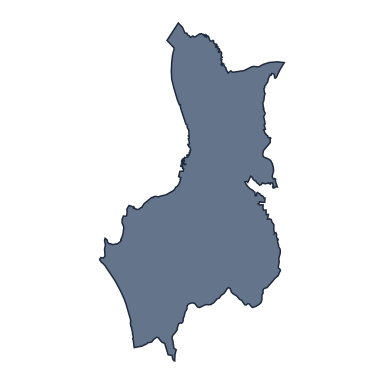 outline of Mueang Chon Buri, Chon Buri, Thailand
{"feature_id": "78962969B92456210505100", "entity_name": "Mueang Chon Buri", "entity_type": "district", "adm_level": 2, "iso_a3": "THA", "parent_name": "Thailand", "parent_adm1": "Chon Buri", "projection": "equal_earth", "projection_center": [101.0, 13.351], "detail": "fine", "context": "isolated", "style": "filled", "palette": "slate", "viewbox_px": 384, "rotation_deg": 0, "n_neighbors": 0, "source": "geoboundaries", "source_scale": "gbopen_adm2", "svg_char_len": 6006}
<svg xmlns="http://www.w3.org/2000/svg" viewBox="0 0 384 384"><path d="M270.8,138.2L270.0,137.6L269.8,137.9L268.1,137.4L267.5,135.6L266.7,135.4L266.0,134.1L265.0,133.5L264.6,131.9L263.6,129.8L265.4,129.4L264.2,125.1L264.2,124.6L265.2,123.8L263.7,116.7L265.0,113.9L265.1,112.9L264.5,112.0L264.0,110.5L263.2,109.4L263.8,109.2L263.9,108.6L263.1,106.1L263.1,103.9L262.7,103.1L263.8,100.7L264.4,95.7L265.1,93.5L264.4,92.0L263.9,88.6L264.7,87.8L264.7,86.1L265.9,84.7L266.5,83.3L267.5,82.5L268.6,78.0L270.3,74.8L271.2,75.1L271.7,73.7L272.1,73.4L273.4,73.8L274.1,74.4L274.7,77.9L275.1,78.2L275.6,78.0L276.3,77.4L280.1,69.5L284.3,62.6L277.2,61.8L269.2,62.5L262.9,64.5L258.8,66.9L253.7,66.4L251.9,66.7L244.0,70.6L232.7,72.3L230.8,70.8L228.2,73.1L226.2,69.7L225.8,67.7L224.2,66.2L223.8,64.0L222.5,63.2L222.1,63.7L222.1,65.4L221.1,64.9L221.6,62.2L221.4,60.9L221.8,59.8L221.0,59.8L220.9,58.5L222.3,57.2L221.4,56.4L221.1,54.7L221.6,54.1L221.6,52.7L220.8,51.7L220.2,51.6L219.1,52.5L218.5,52.1L218.6,51.2L219.8,50.2L219.4,48.9L217.6,49.0L218.0,48.0L217.9,46.6L217.4,46.2L216.3,47.2L215.8,47.1L215.6,46.0L216.8,44.6L216.5,44.2L215.5,44.1L213.9,43.2L213.6,42.6L213.7,41.1L213.5,40.7L212.8,40.4L211.7,41.1L210.1,41.0L208.6,36.8L208.3,36.7L208.2,36.3L207.1,35.7L206.9,36.7L206.5,37.0L206.2,35.5L205.4,36.6L205.1,36.1L205.0,35.0L204.4,35.6L204.3,34.9L203.5,34.5L203.2,34.9L201.6,33.7L199.7,33.9L195.2,36.8L193.9,36.9L193.2,36.1L192.6,36.0L190.3,37.4L189.2,35.7L187.6,35.1L186.9,33.2L184.9,33.0L182.5,27.4L178.3,23.0L167.0,40.4L174.1,47.9L173.9,50.3L173.2,51.8L173.1,53.2L172.5,55.3L171.7,62.6L171.3,71.0L171.7,79.0L173.8,87.8L177.3,99.6L179.2,104.5L179.7,105.0L180.4,104.8L180.3,106.3L180.8,108.7L185.9,124.1L187.0,125.0L187.3,127.6L188.8,130.3L189.1,135.5L188.4,135.7L188.5,136.3L189.1,136.3L189.2,138.4L188.3,138.8L188.7,139.7L189.5,143.9L187.8,144.4L187.9,145.0L188.5,145.4L188.9,146.8L189.9,147.2L190.2,147.7L190.6,150.1L190.0,150.5L190.2,151.9L189.6,152.1L189.7,153.0L189.1,153.1L189.2,154.5L186.8,155.2L187.0,155.8L188.2,155.9L187.8,156.3L187.8,156.9L184.9,157.8L184.6,157.6L184.5,158.4L183.1,158.6L183.1,159.4L181.9,160.0L181.5,161.2L181.9,161.6L182.3,160.5L184.2,160.2L184.4,161.4L184.0,161.7L184.4,161.9L183.0,161.8L182.7,162.5L181.9,162.5L181.5,163.2L182.5,163.5L182.6,163.2L183.0,163.6L183.7,163.4L186.5,164.6L184.3,164.2L184.2,164.5L184.0,164.2L182.2,164.5L182.2,164.9L182.7,165.3L181.1,164.7L182.0,165.3L181.9,165.6L181.0,165.3L180.9,165.9L181.3,166.1L180.8,166.0L180.8,166.4L182.7,166.9L182.6,168.4L183.6,168.6L183.2,171.2L179.9,171.3L178.6,176.6L180.8,177.5L180.1,179.4L180.4,180.4L178.7,184.5L177.2,186.4L176.1,186.8L174.3,189.7L173.4,190.6L166.2,194.7L159.8,196.3L158.7,196.9L155.4,196.3L153.8,196.7L152.9,197.8L152.4,197.3L151.5,197.6L144.1,203.7L142.1,206.7L142.1,207.4L141.0,207.6L138.7,209.3L137.1,209.5L136.1,209.0L135.9,209.2L134.8,208.6L134.5,208.0L133.7,208.2L134.0,207.1L133.7,206.6L132.2,206.7L131.5,206.2L129.0,205.5L126.9,209.1L127.1,213.2L126.6,215.5L125.9,216.3L123.4,216.0L122.1,219.3L122.1,222.8L123.8,227.1L123.0,234.0L122.0,237.0L120.7,239.9L121.2,240.5L120.0,241.9L117.4,243.8L112.2,244.6L110.6,243.7L108.5,243.5L107.2,241.2L107.3,240.4L106.9,239.7L105.1,238.3L104.5,240.3L105.4,245.0L104.5,249.4L105.0,254.8L104.8,256.5L103.2,258.0L100.9,257.5L99.7,259.2L99.7,260.0L100.2,260.2L101.3,262.3L102.3,262.8L104.8,265.3L115.0,280.6L120.5,290.8L124.2,299.0L126.2,304.6L130.8,320.6L130.5,321.1L130.7,322.1L130.4,322.7L130.6,325.0L131.0,326.8L131.6,327.0L131.5,328.2L132.7,333.0L132.4,333.5L133.3,336.9L133.1,338.3L132.7,338.5L133.4,341.1L134.2,347.6L142.0,346.1L146.8,343.8L148.0,342.8L151.7,342.0L154.0,339.1L156.5,337.4L157.3,337.4L158.7,337.9L159.2,339.1L161.9,342.2L164.7,343.4L168.2,354.8L172.1,355.4L172.7,359.2L174.0,360.7L174.7,361.0L175.0,354.6L176.2,349.7L174.1,348.4L173.9,347.9L172.9,341.1L172.0,337.9L172.1,337.0L173.2,334.7L174.3,333.8L177.0,330.2L177.7,326.4L178.9,323.6L179.8,323.0L181.7,323.1L182.9,321.8L183.2,320.2L183.1,318.3L183.9,317.1L185.2,311.9L186.9,309.2L187.1,305.9L188.1,304.5L188.8,303.9L191.7,302.9L193.4,303.0L195.0,303.7L197.6,307.1L199.7,307.5L205.2,304.8L206.9,304.6L208.3,304.9L210.9,304.5L213.8,302.7L217.1,298.9L219.2,298.0L221.3,295.3L224.2,293.2L227.3,288.5L228.7,287.6L230.2,288.6L231.2,291.6L231.9,292.7L233.7,294.2L236.4,295.7L239.5,299.2L241.7,300.4L244.0,303.8L245.1,305.0L246.3,304.9L247.7,303.7L248.7,303.8L249.7,304.4L251.6,306.9L252.8,307.5L256.2,306.2L259.2,304.3L261.1,302.5L261.9,299.8L261.9,295.3L263.1,293.1L263.0,290.6L263.3,289.4L264.4,288.4L267.1,287.6L275.2,278.2L278.2,275.6L279.4,272.5L280.4,270.7L280.2,269.5L278.4,267.9L278.3,266.7L279.2,262.2L278.8,258.5L280.2,253.4L280.3,250.4L279.8,248.5L278.6,246.9L278.5,244.7L277.8,242.8L277.4,239.8L278.2,239.7L277.7,238.6L276.8,238.0L276.5,236.9L276.6,234.6L275.9,232.7L274.5,233.6L274.7,233.1L274.1,231.6L273.8,229.5L273.9,224.6L272.1,222.3L271.2,219.5L269.2,218.8L267.5,219.1L268.4,214.4L266.1,214.6L266.1,210.0L263.4,210.1L263.0,207.7L263.1,205.1L262.5,205.5L262.0,204.7L259.8,204.9L258.2,204.1L258.1,203.7L258.9,203.6L259.6,201.8L260.7,201.7L260.7,202.1L264.7,202.3L265.0,198.2L264.1,198.5L263.9,197.4L262.6,196.0L260.2,194.8L260.0,194.0L258.8,193.4L257.6,192.4L257.2,192.5L256.8,193.3L256.5,195.3L256.0,195.9L255.3,195.8L254.8,192.1L254.2,191.9L252.9,190.4L249.9,188.7L247.3,186.0L247.1,185.4L246.2,184.5L244.9,181.7L247.0,181.5L247.8,182.4L250.7,176.1L251.7,176.8L253.1,179.2L254.1,180.2L255.7,181.2L256.9,182.8L257.8,183.3L259.6,185.2L261.3,184.6L262.2,183.0L264.8,183.7L267.0,183.5L268.7,182.7L268.9,183.5L270.5,184.1L270.8,182.8L271.6,182.8L272.3,183.3L272.7,182.9L273.2,186.1L272.8,186.2L272.7,186.9L273.2,188.0L274.9,187.7L275.6,186.5L277.3,187.0L275.3,180.6L275.6,179.2L274.8,178.5L274.0,179.1L273.2,178.9L272.3,176.8L272.4,175.3L273.5,171.3L273.6,170.3L273.2,166.6L272.7,165.4L272.4,163.8L270.6,160.4L268.0,158.7L264.7,157.5L263.3,156.5L262.7,154.3L263.5,150.6L270.1,142.7L270.4,141.2L270.1,140.3L270.3,139.0L270.8,138.2Z" fill="#64748b" stroke="#1e293b" stroke-width="1.5"/></svg>